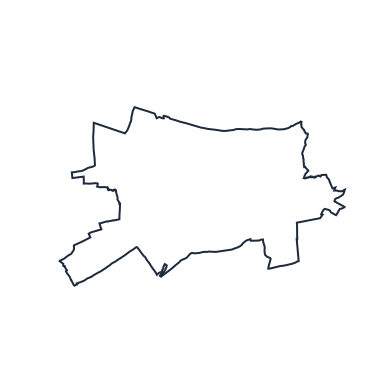 the district of Bacles, Mehedinti, Romania, rotated 163°
{"feature_id": "2599482B78289781557705", "entity_name": "Bacles", "entity_type": "district", "adm_level": 2, "iso_a3": "ROU", "parent_name": "Romania", "parent_adm1": "Mehedinti", "projection": "equal_earth", "projection_center": [23.15, 44.465], "detail": "fine", "context": "isolated", "style": "outline", "palette": "slate", "viewbox_px": 384, "rotation_deg": 163, "n_neighbors": 0, "source": "geoboundaries", "source_scale": "gbopen_adm2", "svg_char_len": 5925}
<svg xmlns="http://www.w3.org/2000/svg" viewBox="0 0 384 384"><g transform="rotate(163 192 192)"><path d="M284.1,245.5L289.3,244.5L292.0,244.4L294.2,244.9L296.6,245.2L297.9,245.2L301.2,245.9L302.3,240.3L291.1,238.4L292.6,232.8L293.1,231.7L291.1,231.2L287.2,229.8L281.8,228.7L279.8,227.8L279.6,227.4L280.7,225.5L281.2,224.9L278.4,223.3L277.9,223.2L277.4,223.2L273.5,222.0L272.6,221.4L272.0,221.3L271.5,221.3L271.6,220.1L271.4,220.1L271.7,219.0L271.1,219.0L270.9,218.0L270.3,218.0L269.8,218.3L268.9,217.7L268.3,217.5L268.2,217.4L268.2,217.1L267.8,217.0L267.6,216.9L267.3,216.2L267.1,216.2L266.7,216.3L266.6,216.8L266.4,216.9L266.1,216.8L266.0,216.4L265.8,216.3L264.9,216.9L264.5,216.6L264.4,216.3L264.3,215.7L264.6,215.6L264.6,215.0L264.8,210.7L264.7,209.2L264.8,208.4L265.5,206.7L264.7,203.6L264.8,202.5L264.9,202.1L264.2,202.0L265.9,197.0L268.0,191.4L269.4,187.2L270.5,187.3L271.5,187.3L274.5,187.7L275.3,187.6L276.1,188.1L277.1,188.0L278.8,188.2L279.2,188.2L281.2,188.6L281.7,188.4L282.1,188.7L283.4,188.9L284.0,188.8L285.3,188.9L286.3,188.8L288.7,188.9L289.7,189.0L289.6,182.8L300.5,182.9L302.3,182.5L302.3,182.3L303.0,182.2L302.5,178.3L310.2,176.9L318.8,175.7L319.1,175.8L320.5,175.4L320.8,175.1L321.1,173.1L321.7,171.6L322.7,170.5L324.4,169.2L325.2,168.4L326.1,168.0L328.9,167.5L332.3,166.2L334.4,165.5L337.4,165.1L338.5,164.8L338.8,164.6L336.1,161.0L336.2,160.5L336.7,159.5L336.7,159.0L336.5,158.7L335.6,158.5L335.4,158.3L335.8,158.1L335.7,157.8L334.5,153.6L335.7,153.2L335.8,152.9L334.8,149.5L333.8,147.0L333.4,143.0L333.2,143.0L332.5,138.9L332.2,137.3L332.0,137.0L331.7,136.7L330.1,137.2L329.0,137.2L329.0,138.3L327.6,138.1L327.3,138.4L324.5,138.4L320.9,138.8L317.1,140.0L315.4,140.0L314.9,140.2L313.1,140.3L310.1,141.3L304.9,142.4L302.6,142.8L297.3,144.3L295.1,145.1L292.6,145.8L289.9,147.0L288.5,147.4L285.9,147.8L282.6,148.9L280.3,149.5L278.6,150.0L274.9,151.1L269.2,153.2L264.6,154.4L261.6,155.5L261.1,155.5L260.6,155.1L260.3,154.5L257.1,145.5L255.7,143.1L255.2,140.7L255.0,140.0L253.3,135.3L252.9,133.4L251.7,129.8L251.5,129.0L251.0,128.0L249.8,123.8L249.7,123.1L248.4,123.9L247.3,124.3L246.7,124.5L245.1,124.4L244.4,124.7L243.4,125.8L243.1,126.3L241.9,127.2L241.4,128.6L240.9,129.0L240.0,130.1L239.0,131.0L238.5,130.0L237.6,129.2L238.6,127.4L239.5,126.5L240.3,125.4L241.3,124.5L241.9,124.0L246.1,122.2L247.0,121.5L247.2,121.4L247.2,121.1L246.4,120.1L234.8,124.3L230.2,126.3L227.8,127.4L225.0,128.4L223.0,129.7L219.4,130.3L218.4,130.3L216.7,130.6L215.4,131.2L212.6,133.0L212.0,133.3L209.8,133.9L208.6,133.0L207.2,132.5L202.8,131.6L199.0,131.4L197.1,131.0L194.8,130.2L193.6,130.2L186.6,127.7L170.7,125.3L166.6,125.6L163.9,125.7L163.1,125.9L161.6,126.2L159.9,126.9L159.5,127.1L159.3,127.4L157.3,128.6L156.6,128.8L154.6,129.6L152.7,129.8L149.9,129.8L150.1,128.3L149.1,127.9L144.8,126.7L143.5,126.5L142.9,126.1L142.0,126.0L141.1,126.0L140.4,126.3L138.0,125.8L138.5,123.7L138.5,120.9L138.6,120.2L138.5,119.8L138.5,118.9L138.9,116.8L139.4,116.0L140.1,113.5L140.4,111.5L140.4,110.3L139.0,108.0L136.7,106.2L136.5,105.9L136.3,105.2L138.6,101.4L139.6,99.9L141.5,96.6L141.5,96.4L140.9,96.5L140.0,96.0L129.4,95.4L126.7,94.9L123.4,94.5L117.0,94.1L114.0,94.2L113.4,94.3L112.3,94.8L111.3,94.6L110.2,94.7L105.7,116.1L105.3,115.8L105.2,116.0L104.9,116.8L105.0,116.8L101.4,129.0L100.7,132.0L77.2,129.5L73.7,132.1L75.0,132.9L73.0,135.1L72.1,135.9L70.3,137.0L70.0,137.1L66.4,134.8L65.9,134.4L65.5,133.8L65.2,132.1L64.3,131.1L61.0,127.7L58.8,129.5L58.0,130.4L55.6,132.6L53.9,132.4L51.6,132.6L50.5,133.1L51.4,134.2L54.7,137.5L58.5,141.5L57.2,143.3L55.8,143.8L53.7,143.8L51.8,144.3L50.3,144.8L48.6,145.2L47.7,146.0L46.4,147.7L45.2,149.5L47.4,149.0L48.9,148.9L49.8,149.4L51.5,149.9L53.2,151.1L55.6,151.8L53.6,154.4L55.7,154.3L56.6,154.4L57.4,162.5L57.4,163.4L57.3,163.6L57.6,164.6L58.1,165.2L58.7,166.9L58.6,169.2L63.2,170.4L63.4,170.1L64.1,169.8L64.3,169.4L64.7,169.2L65.8,170.5L66.2,170.5L66.3,170.7L68.2,170.5L68.8,170.4L69.6,169.9L70.4,169.9L70.4,170.2L70.7,170.4L70.6,170.6L71.5,170.5L72.0,170.8L72.1,171.1L72.4,170.9L73.4,171.1L73.9,171.5L73.8,171.8L73.7,172.2L74.0,172.3L74.3,172.2L74.6,171.7L74.8,171.7L75.4,171.8L75.4,172.2L75.6,172.3L76.3,171.8L77.2,171.8L77.7,172.3L78.6,171.8L79.2,172.1L79.8,172.0L80.1,172.2L80.7,172.2L81.1,172.6L80.2,173.3L80.1,174.0L79.7,174.5L78.9,175.2L78.3,176.0L77.7,176.5L74.5,178.3L74.5,178.5L76.1,181.6L76.4,182.6L76.4,182.9L77.4,183.0L77.1,185.7L76.7,186.2L76.5,188.4L75.7,190.6L75.9,192.0L75.6,192.7L75.3,193.9L75.5,196.3L74.9,197.4L73.5,199.1L70.7,203.0L70.1,203.2L69.6,203.6L69.3,204.1L69.5,205.5L69.5,205.9L69.2,206.4L68.8,207.6L67.8,209.0L66.0,210.2L64.2,213.6L64.2,213.9L64.6,214.2L65.0,214.3L66.1,214.8L66.0,215.5L66.6,216.5L66.7,217.1L66.6,217.3L66.7,217.7L66.5,218.0L66.9,219.2L67.6,220.1L67.8,221.2L68.3,222.2L67.9,223.6L67.8,224.8L67.6,224.9L67.5,225.5L67.5,226.5L66.8,227.0L67.4,227.6L69.5,226.9L70.5,226.8L71.5,226.8L72.9,226.7L74.2,226.2L76.0,225.8L76.8,225.7L78.4,226.0L79.1,225.4L81.2,225.0L84.7,225.1L86.4,225.3L91.4,226.6L95.0,228.5L98.3,230.0L104.6,231.6L105.6,231.8L108.1,231.8L111.6,232.5L114.8,233.7L118.2,235.3L121.1,235.7L122.6,236.4L124.3,236.9L127.9,238.3L130.2,238.9L131.1,239.2L134.8,239.2L137.6,239.9L140.8,240.3L144.1,241.2L147.3,242.6L148.7,243.4L151.1,244.5L158.6,247.8L162.0,249.7L164.3,250.8L177.5,259.5L183.2,262.9L186.3,265.2L191.2,268.3L191.6,268.7L191.8,269.5L192.5,270.4L193.9,271.2L194.0,271.5L195.9,272.7L196.6,273.0L197.0,273.0L197.5,271.3L197.4,270.7L197.7,270.7L198.3,271.0L199.4,271.6L200.9,273.0L201.4,273.3L202.3,273.2L203.3,273.0L204.2,272.9L204.6,277.3L204.9,278.0L208.7,280.6L209.1,281.0L222.2,289.9L223.4,288.4L224.9,286.9L225.3,286.2L225.7,285.6L226.0,284.6L227.2,282.9L227.9,281.3L228.4,280.7L228.5,280.4L228.5,279.8L229.7,277.5L230.5,276.7L232.9,273.4L235.8,269.9L239.0,267.7L265.7,286.9L268.5,278.6L270.4,273.7L273.7,261.2L275.3,252.8L277.0,245.9L277.5,245.6L279.8,245.2L284.1,245.5Z" fill="none" stroke="#1e293b" stroke-width="2"/></g></svg>